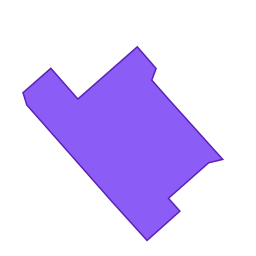 Lamar, Georgia, United States of America, rotated 138°
{"feature_id": "52423323B62389899022657", "entity_name": "Lamar", "entity_type": "district", "adm_level": 2, "iso_a3": "USA", "parent_name": "United States of America", "parent_adm1": "Georgia", "projection": "equal_earth", "projection_center": [-84.155, 33.067], "detail": "fine", "context": "isolated", "style": "filled", "palette": "violet", "viewbox_px": 256, "rotation_deg": 138, "n_neighbors": 0, "source": "geoboundaries", "source_scale": "gbopen_adm2", "svg_char_len": 349}
<svg xmlns="http://www.w3.org/2000/svg" viewBox="0 0 256 256"><g transform="rotate(138 128 128)"><path d="M78.6,41.3L78.6,122.0L78.3,147.7L67.3,153.4L66.8,182.1L145.9,183.1L145.4,224.0L182.4,224.5L187.8,212.8L188.4,155.3L189.2,83.6L189.1,31.7L145.1,31.5L145.0,48.7L91.4,48.2L78.6,41.3Z" fill="#8b5cf6" stroke="#5b21b6" stroke-width="1.5"/></g></svg>